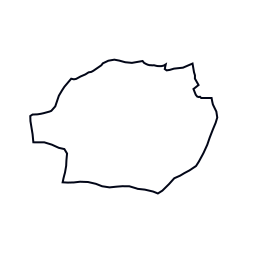 Isoko South, Delta, Nigeria, rotated 239°
{"feature_id": "59680162B89324456878264", "entity_name": "Isoko South", "entity_type": "district", "adm_level": 2, "iso_a3": "NGA", "parent_name": "Nigeria", "parent_adm1": "Delta", "projection": "orthographic", "projection_center": [6.236, 5.389], "detail": "fine", "context": "isolated", "style": "outline", "palette": "ink", "viewbox_px": 256, "rotation_deg": 239, "n_neighbors": 0, "source": "geoboundaries", "source_scale": "gbopen_adm2", "svg_char_len": 1516}
<svg xmlns="http://www.w3.org/2000/svg" viewBox="0 0 256 256"><g transform="rotate(239 128 128)"><path d="M150.0,216.5L151.4,206.2L155.2,198.0L156.3,193.7L157.5,190.8L159.6,189.9L161.4,191.5L163.1,193.1L163.1,190.7L163.9,188.4L164.9,186.7L165.9,185.2L166.7,184.3L168.3,182.7L169.4,180.8L169.8,180.3L170.6,179.0L172.1,177.5L173.7,176.4L175.6,175.3L177.9,175.0L181.8,164.9L185.8,159.5L190.3,155.2L193.6,151.5L195.0,147.9L195.8,145.8L196.4,139.7L195.5,137.5L195.3,134.5L194.9,127.8L195.0,125.4L196.0,122.9L195.9,119.1L196.6,113.8L196.7,111.4L196.8,108.8L197.6,106.7L199.5,104.7L196.1,94.7L194.2,90.8L191.3,85.4L184.0,76.8L182.2,71.1L182.5,69.2L184.2,63.2L185.0,60.8L186.3,57.5L188.7,53.1L188.6,50.4L184.1,47.9L171.8,43.0L164.5,39.5L161.9,43.7L158.9,48.8L153.0,54.1L149.5,56.5L146.6,58.5L142.7,62.6L137.5,62.6L131.9,58.5L127.4,55.5L122.2,51.0L120.2,48.9L118.1,46.8L115.1,44.0L112.2,48.3L109.2,53.6L106.6,59.3L104.5,62.5L102.3,65.9L96.7,71.7L91.4,75.8L86.6,81.6L83.6,88.0L81.1,93.0L77.4,99.1L71.8,104.2L70.9,104.9L66.5,110.7L60.6,116.8L56.5,119.9L56.6,125.2L58.8,134.3L60.1,138.5L61.1,141.8L60.3,148.2L60.3,153.1L60.0,158.8L60.4,166.8L62.7,171.4L66.7,178.2L67.8,180.0L72.8,187.3L77.6,193.0L82.8,199.7L87.3,205.8L91.0,209.9L96.6,212.2L101.3,212.6L104.5,212.9L107.5,213.9L110.7,215.1L113.9,209.7L116.0,206.2L117.7,205.8L118.1,204.6L119.3,203.5L121.6,203.2L124.7,203.7L127.1,204.1L127.7,204.2L128.3,209.1L128.5,210.6L135.9,210.8L138.6,212.5L141.8,213.3L150.0,216.5Z" fill="none" stroke="#020617" stroke-width="2"/></g></svg>